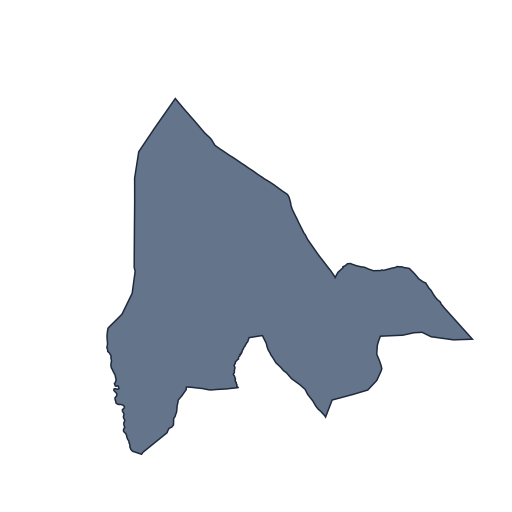 outline of Chalcatongo de Hidalgo, Oaxaca, Mexico, rotated 342°
{"feature_id": "50627088B84584796932653", "entity_name": "Chalcatongo de Hidalgo", "entity_type": "district", "adm_level": 2, "iso_a3": "MEX", "parent_name": "Mexico", "parent_adm1": "Oaxaca", "projection": "natural_earth1", "projection_center": [-97.566, 16.998], "detail": "fine", "context": "isolated", "style": "filled", "palette": "slate", "viewbox_px": 512, "rotation_deg": 342, "n_neighbors": 0, "source": "geoboundaries", "source_scale": "gbopen_adm2", "svg_char_len": 4555}
<svg xmlns="http://www.w3.org/2000/svg" viewBox="0 0 512 512"><g transform="rotate(342 256 256)"><path d="M227.9,81.3L197.8,104.0L194.8,106.4L190.2,110.0L176.7,120.6L164.6,144.5L160.9,156.0L158.4,163.7L158.4,163.8L158.3,164.1L152.2,182.4L151.2,185.3L136.6,229.2L136.4,233.1L127.8,250.9L126.7,253.2L110.6,269.9L103.8,273.4L93.4,278.6L92.6,279.5L91.6,281.5L89.9,285.1L88.9,288.3L88.3,291.0L87.9,292.8L87.4,294.3L86.4,296.1L85.8,297.0L86.0,298.5L85.5,301.1L86.4,302.4L86.9,304.3L87.3,306.5L86.5,308.0L86.3,310.8L84.6,314.0L84.0,316.0L83.9,318.0L84.3,319.6L84.4,321.0L84.7,322.9L85.2,325.6L84.9,328.2L84.7,330.5L83.6,332.3L82.2,333.4L81.9,333.6L82.0,336.2L83.0,336.7L84.3,336.6L84.8,337.6L84.5,339.8L83.2,340.0L82.4,339.5L81.1,338.6L79.7,338.7L79.3,339.9L79.8,341.2L80.8,343.0L80.9,344.6L80.4,345.9L78.2,347.1L77.7,348.5L77.6,350.2L77.5,352.8L78.2,353.7L79.0,354.4L80.1,355.0L81.5,355.4L83.1,356.5L83.9,357.5L84.3,358.9L83.3,360.2L82.2,360.5L81.4,360.9L81.0,362.5L81.6,364.7L81.4,366.2L80.4,367.4L80.0,368.8L80.5,371.8L78.6,374.0L78.2,375.9L78.2,378.6L77.2,379.2L76.4,380.0L75.9,381.6L76.4,383.2L77.2,384.4L77.4,385.6L77.3,387.5L77.2,390.1L77.6,391.7L77.9,392.9L77.5,394.6L77.7,395.4L77.6,397.2L77.0,398.8L77.3,401.6L78.3,403.6L85.9,409.2L87.9,407.7L104.3,401.4L116.8,396.6L117.2,395.9L120.0,393.0L122.8,392.8L125.3,391.2L127.6,384.9L128.9,384.1L129.3,383.8L130.2,382.5L132.2,379.9L133.9,376.2L134.7,374.0L136.3,371.5L137.5,369.0L138.6,368.3L142.5,365.9L146.3,363.0L148.3,361.6L149.2,359.2L150.7,359.6L154.0,360.9L156.8,362.2L164.1,365.5L169.8,368.7L171.8,369.5L177.8,370.9L187.2,373.4L189.4,373.8L198.0,375.6L198.3,375.6L198.2,374.9L197.6,374.4L197.5,373.6L198.0,372.9L198.1,372.3L197.9,371.5L197.8,370.8L198.1,370.3L198.0,369.8L197.7,368.7L197.6,368.2L198.1,367.4L198.4,366.6L198.4,364.9L198.4,363.6L198.2,363.0L197.9,362.4L198.0,361.5L198.2,361.0L199.1,360.5L199.8,359.3L200.0,358.0L200.7,357.1L201.4,356.0L201.6,355.3L201.4,354.5L201.3,353.8L201.6,353.0L202.4,352.2L202.9,352.0L203.9,350.1L204.5,350.0L205.4,349.5L206.1,349.0L206.8,348.8L207.6,348.5L207.8,347.8L208.1,346.9L208.7,346.4L209.3,346.1L209.8,346.0L210.1,345.7L210.1,344.9L210.6,344.5L211.1,344.8L211.4,344.6L211.6,344.1L212.0,344.0L212.4,343.7L212.3,343.3L212.9,343.0L213.4,342.3L214.1,341.4L214.5,341.0L215.2,340.5L215.8,339.7L216.4,339.0L216.9,338.7L217.5,338.5L218.0,337.8L218.9,337.0L220.3,335.8L221.6,335.0L224.2,331.5L235.6,333.3L237.5,333.7L238.8,342.4L238.5,345.1L238.5,348.5L239.0,351.0L239.4,352.8L239.5,354.4L240.6,358.1L242.0,364.0L243.1,365.8L245.1,369.5L246.7,373.5L247.6,374.7L249.1,376.9L251.8,383.5L257.9,391.9L261.5,398.0L262.4,403.7L265.3,411.6L266.5,417.3L268.0,421.3L269.4,423.4L272.0,429.1L272.4,430.7L283.9,416.5L304.8,417.6L320.9,418.0L332.4,411.7L339.4,404.1L339.6,403.7L339.8,403.4L340.2,403.0L340.3,402.8L340.9,401.9L340.9,401.3L341.1,399.3L341.1,395.8L341.0,392.7L340.6,388.3L340.5,386.6L341.1,385.2L341.5,384.2L342.0,382.9L342.5,381.7L343.3,379.6L344.0,378.1L344.9,376.8L345.3,376.2L345.6,375.8L345.8,375.4L346.4,374.7L347.4,373.3L347.9,372.7L348.5,372.0L349.5,370.7L371.2,376.7L382.5,377.8L390.4,379.9L397.6,386.9L418.0,396.8L436.1,402.0L419.0,363.5L417.1,358.5L417.1,356.9L416.2,355.3L415.1,353.7L413.9,350.8L412.7,346.7L411.9,342.9L410.5,339.9L409.0,333.9L407.0,332.4L405.7,330.6L404.0,328.4L402.9,325.8L401.8,323.0L400.5,320.2L398.0,315.2L392.5,312.3L391.3,311.3L389.9,310.9L386.9,309.6L385.9,309.9L385.1,309.9L384.2,309.9L381.3,309.5L373.2,309.1L372.9,309.1L371.5,308.2L370.9,308.2L370.3,308.4L369.7,308.3L369.0,308.0L367.2,307.5L365.3,306.9L363.5,306.5L359.6,303.7L355.8,300.3L352.5,298.7L348.4,296.2L347.4,295.4L345.9,294.3L344.7,293.4L343.5,292.3L341.7,291.9L341.1,291.7L340.6,291.6L339.5,292.1L337.9,292.8L335.3,293.1L335.3,294.0L330.1,296.3L328.8,296.9L324.6,300.9L324.4,299.6L323.5,296.5L322.5,293.1L322.1,292.0L320.7,288.3L319.1,283.7L315.6,274.0L313.6,267.3L310.2,256.2L309.3,250.5L308.8,249.7L307.9,243.6L307.0,238.1L306.4,233.1L305.9,230.0L305.5,227.2L305.0,223.6L304.9,222.5L304.9,218.5L305.3,216.6L305.4,215.9L305.6,211.1L305.5,209.7L305.2,208.4L305.0,207.3L304.5,206.6L300.9,202.0L300.1,200.8L299.0,199.4L295.2,194.0L291.6,189.5L287.7,185.1L286.9,183.9L282.8,178.8L279.2,173.8L277.0,171.2L275.6,169.4L273.4,166.4L271.4,164.0L269.5,161.5L266.0,157.0L261.9,152.1L256.5,145.1L254.5,142.7L251.1,138.0L249.7,131.8L248.8,129.5L247.8,127.7L246.4,125.2L245.3,123.2L242.6,116.7L239.6,109.4L238.6,107.0L237.0,103.4L235.1,98.8L234.8,98.3L233.8,95.9L233.3,94.7L232.5,92.8L230.5,87.8L227.9,81.3Z" fill="#64748b" stroke="#1e293b" stroke-width="1.5"/></g></svg>